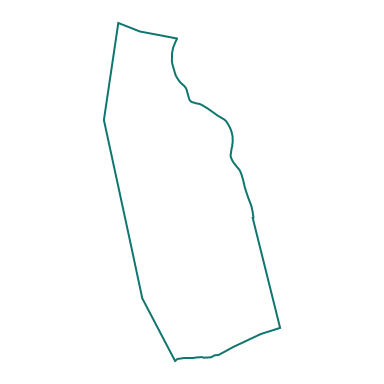 Plut, Vieux Fort, Saint Lucia
{"feature_id": "8701671B91261158207926", "entity_name": "Plut", "entity_type": "district", "adm_level": 2, "iso_a3": "LCA", "parent_name": "Saint Lucia", "parent_adm1": "Vieux Fort", "projection": "natural_earth1", "projection_center": [-60.96, 13.775], "detail": "fine", "context": "isolated", "style": "outline", "palette": "teal", "viewbox_px": 384, "rotation_deg": 0, "n_neighbors": 0, "source": "geoboundaries", "source_scale": "gbopen_adm2", "svg_char_len": 1569}
<svg xmlns="http://www.w3.org/2000/svg" viewBox="0 0 384 384"><path d="M176.9,38.5L139.9,31.5L118.3,23.0L103.9,120.0L129.1,236.6L142.3,298.4L175.1,361.0L177.4,359.0L184.1,358.0L193.1,358.0L196.1,357.5L201.8,357.1L203.9,357.7L211.0,357.3L214.7,355.3L218.5,355.0L233.6,346.8L260.8,334.0L280.1,327.9L275.3,308.6L252.8,218.3L253.2,218.4L253.4,217.2L253.2,215.5L253.1,215.0L252.7,212.3L252.5,211.2L252.3,210.2L251.9,208.6L251.5,206.6L251.0,204.9L250.5,203.6L249.6,201.4L249.1,200.0L248.3,198.0L246.7,193.3L245.4,189.3L244.7,186.9L244.1,184.2L243.6,182.1L243.4,181.1L242.9,179.3L242.4,177.4L241.6,174.8L240.7,172.5L240.1,171.1L239.5,170.1L238.7,168.9L237.5,167.6L236.2,166.0L235.1,164.6L233.7,162.8L232.8,161.4L232.1,160.1L231.4,158.5L230.7,156.7L230.6,155.2L231.0,152.7L231.6,148.4L232.2,146.4L232.3,144.4L232.6,142.7L232.7,140.7L232.6,138.9L232.6,136.6L232.1,134.3L231.7,132.4L230.9,129.9L230.3,128.5L229.1,126.0L228.3,124.7L227.8,123.8L226.0,121.0L224.5,119.7L222.9,118.7L219.9,116.9L217.8,115.7L215.3,113.9L212.5,111.9L210.2,110.3L208.1,108.8L206.5,107.8L203.4,105.9L201.1,104.6L199.3,103.9L197.8,103.6L196.3,103.4L194.3,102.7L192.4,102.3L191.4,101.8L190.1,100.7L189.6,100.0L188.9,98.0L188.2,95.6L187.5,93.1L186.8,90.5L186.1,88.5L185.5,87.6L184.1,85.8L182.7,84.6L181.3,83.4L179.9,81.9L178.6,80.2L177.2,78.0L175.9,75.8L175.2,73.9L174.6,71.8L173.8,69.2L172.9,66.1L172.1,62.7L171.9,60.6L171.9,59.0L172.0,57.5L172.0,54.9L172.1,53.0L172.4,51.4L173.0,48.2L173.6,46.3L174.1,45.3L174.7,43.7L175.7,41.4L176.8,39.2L176.9,38.5Z" fill="none" stroke="#0f766e" stroke-width="2"/></svg>